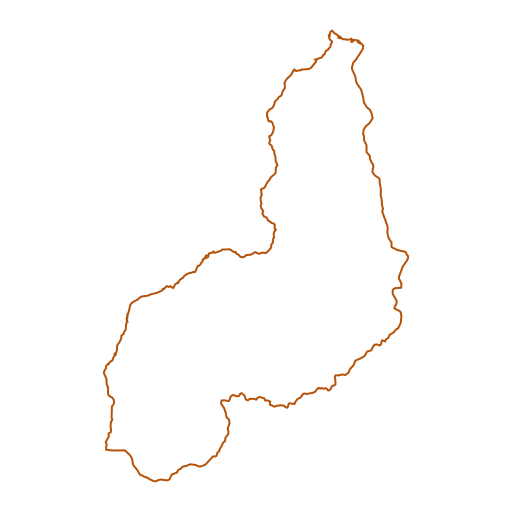 the border of Piauí
{"feature_id": "BRA-622", "entity_name": "Piauí", "entity_type": "State", "adm_level": 1, "iso_a3": "BRA", "parent_name": "Brazil", "parent_adm1": "", "projection": "albers", "projection_center": [-42.942, -6.821], "detail": "fine", "context": "isolated", "style": "outline", "palette": "amber", "viewbox_px": 512, "rotation_deg": 0, "n_neighbors": 0, "source": "natural_earth", "source_scale": "10m", "svg_char_len": 6047}
<svg xmlns="http://www.w3.org/2000/svg" viewBox="0 0 512 512"><path d="M330.4,31.8L332.3,30.7L333.9,32.8L340.2,36.9L340.6,37.6L339.1,36.8L339.5,37.6L338.3,37.2L338.3,37.6L339.6,38.2L341.0,37.6L342.5,39.1L348.4,39.7L349.9,39.5L351.2,38.7L352.1,39.7L351.6,41.0L352.3,41.0L352.0,41.7L353.1,41.4L352.6,40.1L353.6,39.8L358.4,40.6L358.8,41.6L358.0,42.1L359.1,42.9L359.8,42.9L360.3,43.6L360.6,43.6L360.6,42.9L363.2,45.6L362.8,49.1L355.9,59.7L353.3,62.5L352.0,67.3L352.0,69.0L355.4,76.8L356.2,81.7L357.2,84.0L361.1,89.6L363.0,96.6L364.0,102.6L366.7,107.1L370.0,109.9L371.5,113.2L372.6,118.2L370.0,122.5L368.9,123.7L365.8,126.2L363.6,129.9L363.1,134.1L364.0,136.2L364.0,140.2L366.5,145.0L366.5,152.0L369.7,155.8L370.0,158.9L372.0,163.2L373.1,164.7L373.4,166.8L372.5,170.5L372.5,172.4L375.0,175.6L378.7,178.0L379.6,179.3L379.7,183.1L381.0,189.5L380.6,194.8L381.4,197.9L382.1,205.4L383.0,208.8L382.2,211.4L387.5,226.3L387.7,228.8L387.3,232.5L388.6,238.1L391.5,242.5L391.5,246.8L392.8,247.9L395.0,248.7L397.1,250.0L405.2,251.8L405.7,252.0L406.8,254.7L408.2,256.1L408.0,258.2L407.1,260.3L402.8,266.4L398.9,276.9L399.1,278.9L401.4,283.5L401.2,287.7L395.2,288.2L393.6,288.9L392.9,289.9L392.6,292.6L392.9,294.3L396.2,300.0L396.7,301.8L396.4,304.0L395.2,305.8L394.4,308.2L395.1,308.9L399.3,310.9L400.7,312.2L401.4,316.2L400.7,323.1L398.1,328.3L396.5,329.2L393.0,332.9L389.5,335.0L388.2,337.9L386.0,339.3L385.1,341.4L382.7,340.4L381.9,340.6L381.1,344.1L379.9,345.4L376.7,344.4L374.4,344.8L372.2,347.9L371.8,349.5L371.2,350.3L367.0,351.7L365.1,355.2L364.1,356.4L360.3,358.5L355.4,360.6L353.6,365.1L350.0,369.1L348.3,373.0L345.2,375.0L342.1,374.5L339.0,375.3L335.9,375.3L335.1,375.9L334.8,376.7L335.3,379.4L335.5,384.2L334.7,385.1L332.1,386.1L330.5,389.1L329.2,390.4L328.0,390.4L326.8,388.8L325.5,388.2L323.6,388.8L321.4,388.0L320.1,388.7L318.7,387.9L317.5,388.7L315.2,391.7L312.8,392.8L306.6,394.0L304.5,393.5L303.6,393.7L302.1,395.0L301.1,397.2L297.5,399.0L295.0,402.4L294.5,404.0L290.0,403.3L289.1,403.4L288.6,404.1L287.8,406.9L287.1,407.7L285.7,407.2L284.3,405.8L281.5,405.3L276.8,405.7L274.6,406.7L270.0,404.7L269.7,403.8L270.3,402.0L269.9,401.3L267.3,400.4L265.3,400.6L264.3,398.4L260.3,397.1L259.5,397.0L257.4,397.9L256.4,399.6L255.8,399.6L254.7,398.9L250.5,398.8L249.5,399.1L248.1,400.2L246.7,400.1L245.8,399.2L244.4,395.4L241.6,393.2L240.2,393.8L239.2,395.7L238.3,396.3L236.5,396.2L233.4,395.0L232.4,395.3L230.6,396.6L229.3,400.3L228.6,401.1L224.3,400.3L221.7,400.4L221.0,403.0L221.3,404.1L224.0,407.8L225.8,413.1L226.5,417.2L229.0,419.6L229.5,423.5L227.7,428.5L228.5,432.0L228.0,434.5L225.4,437.8L225.1,440.9L222.8,443.0L222.3,444.9L219.7,449.1L219.1,451.3L217.3,452.7L216.5,455.8L215.4,456.4L213.0,456.4L205.7,464.3L204.3,465.2L200.3,466.5L199.0,466.4L195.2,464.9L190.0,464.3L186.9,465.7L182.6,466.7L180.6,468.9L178.3,469.9L176.8,472.6L171.8,474.5L169.6,479.1L168.5,480.0L166.7,480.4L160.8,479.5L158.3,480.1L156.1,481.3L154.2,481.2L150.1,479.5L146.8,477.4L144.3,476.8L142.5,475.6L140.0,474.7L137.2,469.9L133.8,465.9L132.8,463.7L132.4,460.1L131.5,457.6L129.7,454.9L124.9,450.4L112.8,450.5L106.2,449.7L106.1,447.7L106.7,443.8L105.7,442.1L108.7,436.8L108.6,433.5L110.8,432.2L111.1,430.3L110.5,426.4L110.9,422.8L111.4,421.1L112.3,419.7L111.6,417.7L111.9,406.4L113.5,404.4L114.1,402.4L113.6,399.4L112.3,397.7L110.3,396.7L108.6,395.1L108.0,393.2L108.1,388.4L107.7,387.5L108.0,386.8L106.7,384.7L106.5,379.6L106.0,377.7L103.8,373.0L104.6,370.2L106.0,368.3L105.9,366.8L106.7,365.2L107.8,364.1L108.6,364.1L109.4,362.6L110.5,361.5L112.5,360.3L113.7,356.8L115.5,355.1L115.6,354.6L114.6,354.2L114.5,353.8L116.3,352.6L116.9,350.2L117.1,345.5L119.5,342.1L121.2,338.6L121.4,335.7L123.6,333.8L124.5,331.4L125.6,329.9L126.3,323.1L127.5,321.9L126.7,320.8L127.1,320.4L126.7,319.4L127.1,316.6L127.4,317.1L127.8,315.1L127.4,314.0L128.2,313.3L129.3,309.7L130.0,305.7L131.2,303.5L133.2,301.9L137.7,299.5L140.7,297.0L141.8,296.5L147.5,295.7L151.5,294.1L156.5,293.0L162.0,290.6L162.8,288.9L164.1,289.0L164.8,287.8L167.0,286.1L168.5,286.9L170.5,286.2L172.7,288.0L173.6,287.6L175.1,284.4L177.5,282.7L177.9,283.1L180.1,279.6L182.7,278.0L184.4,275.8L187.0,274.1L189.8,272.9L191.4,272.8L193.2,272.0L194.9,272.0L195.4,271.6L197.6,266.2L199.0,265.7L200.3,264.5L201.5,262.5L202.5,261.7L202.8,259.6L203.8,259.2L204.9,258.0L205.6,257.6L205.3,257.8L206.5,257.9L206.4,257.2L205.5,256.3L205.7,255.9L206.7,255.3L208.2,256.5L209.0,253.4L212.0,252.7L213.1,251.5L213.7,251.7L214.2,252.7L215.1,252.7L221.0,250.8L222.1,249.6L229.5,249.3L231.1,250.0L230.8,250.0L233.9,252.1L235.4,251.8L235.8,252.1L236.4,253.8L238.3,254.5L240.1,256.6L241.2,257.1L243.4,257.2L244.8,256.5L246.2,255.1L251.1,254.6L254.2,252.6L255.6,252.2L258.0,253.5L259.1,253.7L262.4,252.6L265.5,253.0L266.6,252.6L270.5,248.5L271.1,247.5L271.3,244.5L272.8,242.8L273.2,238.4L274.3,237.2L273.6,234.8L274.3,231.5L275.8,230.0L275.7,229.3L274.7,228.7L274.7,224.6L273.9,223.7L271.7,223.0L269.5,221.2L268.4,220.9L266.4,217.4L264.2,216.6L262.3,213.5L263.2,211.5L263.0,210.6L261.4,208.6L260.8,206.3L260.8,205.2L261.5,203.7L260.9,201.9L260.5,197.8L261.9,194.6L261.2,193.5L261.5,192.1L260.9,189.7L261.5,188.9L263.8,188.2L265.2,186.5L267.6,181.8L269.4,180.0L270.8,177.4L274.7,174.0L275.7,172.5L275.8,167.7L277.4,165.2L275.6,160.6L275.5,157.3L274.3,153.3L274.3,151.0L272.8,149.7L271.7,145.7L269.4,143.8L269.1,142.9L270.3,140.4L269.3,137.4L269.2,136.3L271.2,135.3L272.1,133.9L273.2,131.3L274.0,127.5L272.1,122.3L270.7,121.2L269.8,121.1L269.1,121.5L268.3,120.5L267.8,118.0L267.2,116.9L267.0,113.2L267.4,112.2L269.5,109.7L272.5,107.8L274.3,104.6L274.7,102.2L275.4,101.1L277.9,98.6L278.8,97.1L281.1,95.7L281.6,95.0L282.9,90.8L284.9,88.2L284.7,84.0L284.4,83.3L285.0,81.8L286.9,78.8L290.9,75.1L294.0,69.6L294.7,69.7L295.4,70.8L296.5,71.1L298.1,70.4L300.4,70.4L301.2,69.6L307.1,69.2L309.7,68.7L311.8,66.9L316.1,61.5L316.2,60.5L315.2,59.6L321.4,57.6L322.1,57.1L323.0,55.1L324.4,54.5L325.9,50.8L327.6,50.1L330.4,46.7L331.0,43.9L332.0,42.3L331.9,41.3L329.6,39.3L329.0,36.7L328.9,35.6L329.6,36.0L330.4,31.8Z" fill="none" stroke="#b45309" stroke-width="2"/></svg>